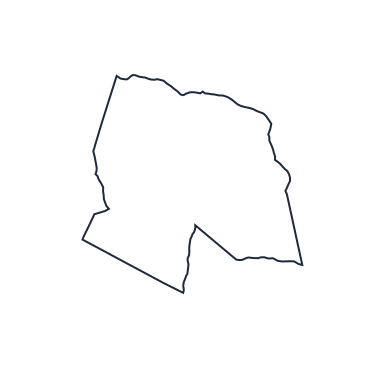 Cardoso Moreira, Rio de Janeiro, Brazil (Equal Earth projection), rotated 309°
{"feature_id": "56859067B73985712158320", "entity_name": "Cardoso Moreira", "entity_type": "district", "adm_level": 2, "iso_a3": "BRA", "parent_name": "Brazil", "parent_adm1": "Rio de Janeiro", "projection": "equal_earth", "projection_center": [-41.484, -21.537], "detail": "fine", "context": "isolated", "style": "outline", "palette": "slate", "viewbox_px": 384, "rotation_deg": 309, "n_neighbors": 0, "source": "geoboundaries", "source_scale": "gbopen_adm2", "svg_char_len": 1924}
<svg xmlns="http://www.w3.org/2000/svg" viewBox="0 0 384 384"><g transform="rotate(309 192 192)"><path d="M161.7,89.5L159.8,92.0L158.3,94.0L156.3,96.4L154.7,98.2L152.4,101.0L150.1,103.3L148.0,104.7L145.2,105.7L144.9,108.6L143.2,111.3L141.7,115.6L139.8,120.0L136.5,122.5L133.8,125.5L131.0,128.0L128.7,131.8L127.3,134.3L126.6,138.0L122.7,136.5L119.9,134.6L113.3,130.1L104.2,132.4L88.1,136.1L86.1,136.9L92.5,170.3L96.4,190.8L102.9,224.7L103.5,227.9L108.1,248.6L110.6,247.4L113.7,244.1L116.8,242.3L120.2,241.3L123.1,240.3L125.7,239.8L127.6,238.5L130.0,237.1L133.7,234.7L136.3,231.3L138.2,230.2L141.0,229.5L144.0,227.5L146.1,225.6L148.1,224.1L151.4,222.1L154.4,220.4L157.2,219.7L159.7,218.9L161.9,218.9L164.4,218.1L166.4,217.0L168.2,215.5L167.3,268.8L168.6,271.2L170.8,273.7L174.0,275.3L176.5,276.9L179.3,281.3L182.3,285.2L184.3,286.4L186.7,289.1L188.4,293.2L191.5,296.7L192.5,302.0L194.6,305.6L200.4,312.4L202.4,315.1L203.1,320.2L204.7,323.6L250.1,267.0L251.5,264.0L254.7,263.2L258.3,262.2L262.0,261.3L264.8,259.2L266.7,256.5L268.2,253.1L268.3,249.6L268.8,246.1L269.4,242.9L269.4,239.7L269.2,236.2L271.8,234.3L274.1,230.8L276.0,228.3L277.7,225.4L279.0,223.0L280.5,219.9L283.6,217.3L284.7,215.1L287.2,214.2L289.5,213.4L291.5,212.5L294.9,210.7L295.9,207.7L296.7,205.0L297.6,202.1L297.9,198.1L296.8,194.6L295.7,191.5L295.0,187.6L293.8,184.6L292.3,181.6L291.2,179.3L289.8,176.3L288.8,172.4L288.8,168.5L288.9,164.8L288.2,159.9L286.5,155.4L283.9,152.0L282.2,148.5L280.2,145.5L278.7,142.8L276.9,140.2L276.7,137.1L273.8,136.3L272.2,133.1L270.5,130.4L268.1,127.6L264.8,125.5L262.0,124.5L260.6,121.9L261.1,117.8L260.9,113.4L261.0,109.3L260.5,104.2L260.6,99.9L259.3,97.0L257.8,94.0L255.7,92.3L253.7,89.5L252.4,86.5L251.5,83.6L249.6,80.6L248.2,78.0L247.2,74.6L245.6,72.4L243.1,71.5L240.4,71.2L238.4,70.4L236.6,67.7L235.2,65.0L234.8,60.4L189.4,78.2L167.7,87.1L165.0,88.3L161.7,89.5Z" fill="none" stroke="#1e293b" stroke-width="2"/></g></svg>